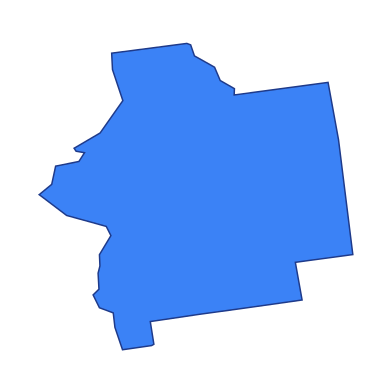 outline of Russell, Alabama, United States of America, rotated 173°
{"feature_id": "52423323B77789245141210", "entity_name": "Russell", "entity_type": "district", "adm_level": 2, "iso_a3": "USA", "parent_name": "United States of America", "parent_adm1": "Alabama", "projection": "mercator", "projection_center": [-85.086, 32.286], "detail": "fine", "context": "isolated", "style": "filled", "palette": "blue", "viewbox_px": 384, "rotation_deg": 173, "n_neighbors": 0, "source": "geoboundaries", "source_scale": "gbopen_adm2", "svg_char_len": 749}
<svg xmlns="http://www.w3.org/2000/svg" viewBox="0 0 384 384"><g transform="rotate(173 192 192)"><path d="M280.2,43.9L255.6,44.4L250.8,44.5L248.4,45.5L249.2,68.5L200.0,69.7L156.8,70.3L95.9,71.4L98.0,109.6L83.1,109.8L40.0,110.3L40.2,226.0L43.6,284.2L53.2,284.1L138.3,283.2L137.3,289.4L150.4,299.2L154.4,313.1L173.0,326.8L175.4,338.2L179.0,340.1L254.8,339.6L256.0,323.2L249.5,291.1L276.0,261.8L303.7,249.8L302.1,246.6L293.9,244.1L300.5,236.1L324.2,234.3L326.2,228.5L330.3,216.7L344.0,208.0L319.3,184.0L306.7,178.8L281.3,168.3L277.8,158.6L291.5,141.1L292.4,129.9L292.8,128.8L295.1,122.9L296.2,106.9L302.7,101.9L298.0,88.4L284.9,81.6L285.0,67.0L284.7,65.6L280.8,46.8L280.7,46.4L280.2,43.9Z" fill="#3b82f6" stroke="#1e3a8a" stroke-width="1.5"/></g></svg>